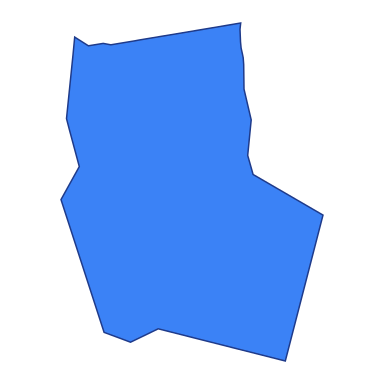 São Francisco do Piauí, Piauí, Brazil (orthographic projection)
{"feature_id": "56859067B40076274013085", "entity_name": "São Francisco do Piauí", "entity_type": "district", "adm_level": 2, "iso_a3": "BRA", "parent_name": "Brazil", "parent_adm1": "Piauí", "projection": "orthographic", "projection_center": [-42.497, -7.192], "detail": "fine", "context": "isolated", "style": "filled", "palette": "blue", "viewbox_px": 384, "rotation_deg": 0, "n_neighbors": 0, "source": "geoboundaries", "source_scale": "gbopen_adm2", "svg_char_len": 549}
<svg xmlns="http://www.w3.org/2000/svg" viewBox="0 0 384 384"><path d="M323.0,215.1L253.1,174.5L247.7,155.4L251.2,119.9L244.0,89.1L243.7,64.6L243.2,57.8L242.5,54.3L241.1,48.0L240.5,41.7L240.4,38.9L240.2,34.0L240.0,29.3L240.7,23.0L237.1,23.6L210.5,28.1L138.7,40.1L135.0,40.8L110.8,44.8L103.2,43.4L88.4,45.8L74.7,37.1L73.0,54.9L66.5,118.6L69.3,129.4L79.3,166.6L67.6,187.7L61.0,199.6L104.1,332.4L120.4,338.4L130.5,342.2L132.6,341.2L158.2,328.8L237.5,348.9L285.3,361.0L320.9,223.2L323.0,215.1Z" fill="#3b82f6" stroke="#1e3a8a" stroke-width="1.5"/></svg>